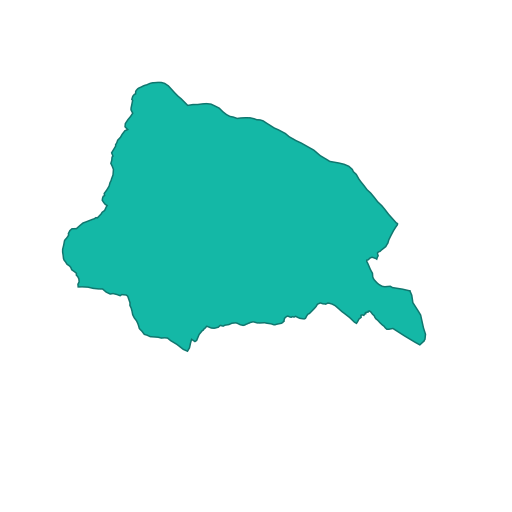 the district of Tabora Urban, Tabora, United Republic of Tanzania, rotated 121°
{"feature_id": "72390352B61754038708822", "entity_name": "Tabora Urban", "entity_type": "district", "adm_level": 2, "iso_a3": "TZA", "parent_name": "United Republic of Tanzania", "parent_adm1": "Tabora", "projection": "mercator", "projection_center": [32.813, -4.941], "detail": "fine", "context": "isolated", "style": "filled", "palette": "teal", "viewbox_px": 512, "rotation_deg": 121, "n_neighbors": 0, "source": "geoboundaries", "source_scale": "gbopen_adm2", "svg_char_len": 4706}
<svg xmlns="http://www.w3.org/2000/svg" viewBox="0 0 512 512"><g transform="rotate(121 256 256)"><path d="M155.3,151.8L155.4,152.8L153.6,158.6L152.0,163.8L149.9,169.1L148.1,174.1L146.9,179.6L144.8,185.0L143.0,190.1L142.0,195.0L140.3,199.1L138.5,204.0L137.1,207.4L134.4,212.1L133.6,216.0L132.2,218.0L131.3,222.7L132.0,227.7L133.6,232.8L135.4,237.5L136.9,241.4L136.9,252.7L135.5,260.9L135.7,268.0L135.9,275.5L136.5,281.0L136.7,289.1L135.9,293.8L136.3,301.7L136.9,306.2L136.7,315.3L136.5,319.4L136.7,320.3L137.3,322.7L138.8,325.5L139.4,328.6L139.5,328.8L140.6,332.2L142.7,335.9L145.5,340.1L147.8,343.0L148.6,347.0L149.8,350.3L150.0,354.1L149.8,355.8L149.4,358.8L148.2,363.7L148.6,368.8L149.0,372.8L150.9,376.9L153.1,380.1L156.2,384.0L158.7,388.1L160.0,389.6L162.1,392.1L161.1,396.0L159.8,401.1L159.2,405.1L158.0,409.8L156.8,413.7L155.3,418.8L155.1,423.2L156.0,426.5L157.6,429.3L159.4,431.8L160.9,434.0L162.5,435.6L164.1,436.8L165.6,437.8L166.6,438.9L168.4,440.3L170.1,441.3L172.3,442.9L173.6,443.5L175.7,443.9L176.9,443.9L179.1,442.7L180.0,443.5L182.6,443.9L185.7,443.1L186.1,441.9L190.0,440.5L193.5,439.3L195.1,438.4L197.1,435.2L201.2,435.4L205.1,436.0L209.8,436.2L212.7,434.8L213.7,431.1L216.2,432.9L220.7,433.4L223.9,433.3L228.0,434.2L230.9,433.6L232.9,433.7L234.0,432.9L241.9,432.9L244.0,430.1L245.4,430.3L248.3,428.9L251.4,428.1L253.0,425.6L255.2,422.8L260.2,420.3L264.6,419.5L265.7,419.1L268.3,418.9L271.8,417.9L276.1,417.9L280.6,418.3L282.2,416.9L283.5,417.7L285.5,417.3L287.4,416.5L288.6,414.0L289.4,411.8L289.4,409.6L291.2,409.6L294.9,409.2L297.8,410.4L299.8,410.4L305.0,411.6L305.6,413.0L307.4,413.8L309.0,415.2L311.5,417.1L314.6,419.5L316.8,421.3L320.5,422.6L325.0,424.0L327.5,427.8L330.1,428.6L333.4,428.4L334.6,427.4L336.3,427.4L338.5,427.6L340.2,428.0L341.6,428.0L344.2,427.0L345.9,426.4L349.8,425.2L352.2,423.8L354.7,421.7L357.3,419.7L358.4,418.3L359.2,416.1L360.4,413.8L360.6,410.6L361.2,408.9L362.7,406.9L362.9,403.9L363.3,401.0L364.9,400.2L365.5,398.2L366.8,396.1L369.2,394.3L371.9,394.1L374.1,392.5L371.9,389.0L369.2,383.9L367.6,378.9L365.3,374.0L363.3,370.5L364.1,365.9L363.7,361.4L361.8,359.2L360.6,355.3L360.0,352.0L358.2,351.2L356.3,347.2L356.5,345.3L361.0,339.9L363.3,338.6L364.9,336.2L367.2,333.8L369.8,331.5L371.7,328.5L373.1,325.0L374.7,322.6L376.2,320.8L378.2,318.7L378.6,317.5L379.2,315.1L380.7,311.4L380.0,308.8L379.6,305.1L376.0,298.0L375.1,294.9L373.1,292.1L371.9,289.5L372.5,285.6L372.5,278.3L373.5,270.3L372.9,265.7L369.0,265.7L364.3,267.3L360.6,268.3L360.8,264.3L359.0,263.4L352.7,264.3L352.3,264.3L347.7,263.6L346.6,263.0L345.8,263.1L343.7,262.4L341.7,262.1L341.4,261.3L340.8,257.5L340.7,257.1L339.9,255.5L339.4,254.6L339.0,254.1L336.4,251.6L334.2,251.1L333.9,250.5L333.6,250.4L333.7,250.2L333.0,248.0L331.3,247.0L328.8,244.0L328.7,243.9L326.0,242.0L324.0,239.3L323.8,239.1L323.3,237.5L323.0,234.1L322.1,231.3L320.9,230.0L320.1,229.7L318.6,228.5L317.3,227.7L317.2,227.4L316.4,226.9L316.1,226.8L314.0,224.7L313.6,223.8L312.7,220.4L311.8,219.0L311.7,218.6L308.7,214.2L308.2,212.5L306.3,208.0L305.8,205.5L305.2,204.3L304.0,203.3L302.7,201.9L300.6,199.6L299.2,198.8L298.5,198.8L297.5,198.4L297.3,198.8L296.5,198.8L295.0,199.4L294.9,199.3L293.9,199.3L292.1,198.6L291.1,197.8L290.8,195.5L290.3,194.2L289.3,193.7L288.7,191.9L287.9,191.4L287.3,191.0L287.1,188.2L286.8,186.2L285.7,183.6L285.1,182.3L284.0,181.5L280.7,181.7L278.8,181.4L277.8,180.6L273.7,179.6L270.7,178.9L268.4,178.5L265.7,178.5L263.1,176.7L262.5,174.0L261.6,172.3L261.4,171.5L259.2,170.1L259.1,169.4L258.8,169.0L258.0,166.0L257.8,162.5L258.3,159.6L259.4,153.7L259.7,150.7L260.5,144.1L262.0,137.6L262.0,135.2L259.9,135.1L257.1,135.3L254.4,134.3L252.8,135.5L251.7,134.6L251.4,133.0L250.0,133.0L248.9,132.2L248.3,133.0L247.7,132.7L246.3,131.0L245.6,131.3L244.7,130.5L244.9,128.5L245.9,126.1L246.3,124.0L247.4,122.4L248.1,120.9L248.3,119.0L248.7,117.4L249.3,115.6L250.0,112.4L250.3,109.9L251.0,108.2L251.4,106.1L250.3,104.3L248.9,102.8L247.7,101.4L247.6,101.2L248.0,87.6L248.0,75.2L247.8,69.8L242.1,68.1L241.7,68.4L240.6,68.2L239.2,68.8L235.8,70.4L231.4,75.4L221.8,84.5L220.0,87.9L215.1,97.7L214.1,98.4L209.4,102.3L206.8,105.9L206.5,106.1L206.9,106.9L209.0,113.4L212.8,122.8L212.8,125.3L214.5,127.7L216.0,129.7L217.0,132.2L217.1,136.0L216.8,138.0L216.2,140.2L215.4,142.8L214.0,145.0L210.8,147.3L209.4,149.8L208.1,151.8L205.1,155.9L203.6,158.3L202.5,158.9L201.5,157.9L199.0,157.2L197.7,156.3L197.1,155.3L196.8,153.7L196.4,151.6L196.5,150.9L194.3,151.4L192.9,151.4L191.6,152.9L190.6,153.5L189.2,153.0L188.2,152.1L186.3,151.6L184.0,150.7L181.1,149.6L178.7,149.7L177.1,149.6L173.7,150.5L168.9,150.9L163.2,151.2L159.2,151.1L156.6,150.9L155.5,151.2L155.3,151.8Z" fill="#14b8a6" stroke="#0f766e" stroke-width="1.5"/></g></svg>